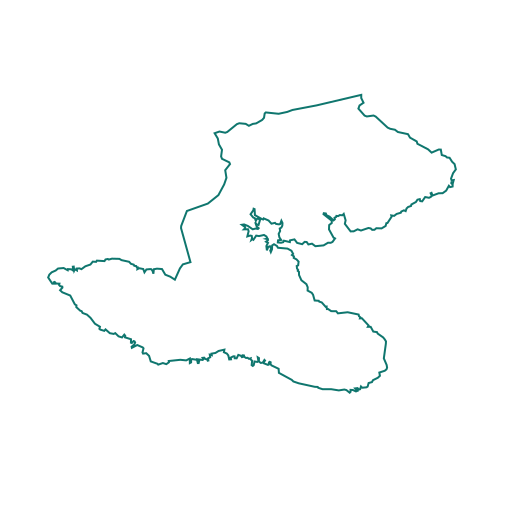 Gagil, Yap, Federated States of Micronesia (Robinson projection), rotated 83°
{"feature_id": "79324940B76926879567495", "entity_name": "Gagil", "entity_type": "district", "adm_level": 2, "iso_a3": "FSM", "parent_name": "Federated States of Micronesia", "parent_adm1": "Yap", "projection": "robinson", "projection_center": [138.175, 9.551], "detail": "fine", "context": "isolated", "style": "outline", "palette": "teal", "viewbox_px": 512, "rotation_deg": 83, "n_neighbors": 0, "source": "geoboundaries", "source_scale": "gbopen_adm2", "svg_char_len": 6121}
<svg xmlns="http://www.w3.org/2000/svg" viewBox="0 0 512 512"><g transform="rotate(83 256 256)"><path d="M256.7,359.0L261.1,360.0L258.2,360.5L256.4,361.5L256.1,362.6L256.0,366.4L258.6,368.7L255.2,369.5L253.9,373.4L254.6,375.3L252.9,374.8L252.7,375.7L251.4,376.1L250.9,378.0L249.7,378.4L248.5,381.1L246.3,382.6L243.7,390.0L242.2,391.9L241.1,399.3L241.6,402.5L240.9,403.4L241.1,405.8L242.6,407.0L241.2,414.5L242.3,415.4L241.7,418.7L244.3,421.4L245.4,426.6L247.8,430.9L246.8,432.6L246.6,435.4L248.5,435.5L247.1,437.4L248.3,438.2L244.3,438.2L244.3,439.1L248.3,439.1L246.7,440.9L246.1,444.3L247.2,444.6L244.5,448.4L244.3,454.0L246.0,456.6L247.3,460.8L249.3,463.4L252.0,464.9L258.6,461.6L258.9,459.5L257.4,459.8L257.2,459.0L259.0,457.7L259.5,454.5L260.7,455.0L262.0,454.1L262.8,452.0L263.8,452.0L266.1,454.6L268.4,452.7L272.6,445.2L281.9,441.7L283.1,440.2L284.8,440.6L288.9,437.1L289.5,435.8L291.4,435.1L293.6,430.9L297.2,427.8L303.6,424.1L307.2,419.5L309.2,420.3L310.1,419.5L311.8,415.7L310.5,414.3L314.8,410.5L316.0,406.7L315.4,405.1L319.0,402.2L320.5,398.9L318.0,396.3L319.3,395.5L320.8,395.9L323.4,390.2L326.8,390.7L327.2,389.9L325.5,387.9L325.9,387.0L327.1,386.5L329.0,387.6L330.9,390.5L332.0,390.4L329.9,384.7L332.9,379.6L333.9,378.9L337.9,380.4L339.1,380.0L339.1,376.8L342.1,374.3L347.8,373.3L351.0,366.9L351.9,366.3L350.9,361.5L352.4,358.2L350.9,355.4L349.6,355.4L349.8,343.8L351.1,338.0L349.7,334.2L354.2,334.7L353.7,333.4L350.7,332.9L350.5,332.0L351.9,327.2L355.2,326.8L355.3,326.0L353.3,325.2L351.5,326.2L352.7,321.6L352.0,320.8L350.6,321.4L350.6,319.8L352.1,318.8L352.6,317.1L354.0,316.7L353.9,316.0L351.8,316.1L350.9,313.8L348.3,313.9L349.1,312.0L347.5,312.1L347.3,308.1L345.7,304.7L345.1,298.8L347.6,299.6L349.3,296.8L351.3,295.6L355.4,295.2L355.5,293.4L353.8,293.5L352.8,290.7L353.0,289.5L354.9,289.6L355.2,287.7L352.0,285.6L353.2,283.1L354.7,282.3L354.5,281.0L353.0,281.1L353.2,280.1L354.7,279.9L356.0,278.3L356.0,276.8L357.2,275.5L356.9,273.8L357.7,274.1L359.5,272.6L363.8,273.6L364.7,272.6L364.1,271.6L360.5,270.3L361.3,267.6L360.7,266.4L356.8,266.6L357.7,265.5L361.0,266.0L362.7,264.3L362.7,262.3L360.2,260.3L360.9,259.8L362.3,261.3L363.5,261.2L365.5,257.5L365.4,256.7L363.2,256.1L362.7,255.3L363.3,254.4L365.1,254.8L366.5,253.9L370.7,247.3L374.8,247.5L383.3,235.6L385.1,234.2L387.6,229.0L393.0,213.6L393.5,210.7L394.4,210.3L396.3,206.2L397.4,197.5L399.5,190.2L399.3,184.6L400.1,182.6L403.1,179.7L402.3,178.7L400.4,178.5L400.8,176.2L402.6,173.3L402.2,171.8L399.5,173.7L399.5,171.3L401.1,170.1L400.9,168.9L398.3,167.7L399.7,166.6L399.8,162.3L399.2,161.1L395.8,159.7L395.3,156.3L393.5,155.0L391.7,149.9L390.0,147.6L386.7,147.8L385.6,142.2L384.4,140.3L382.8,139.5L380.1,139.6L373.2,141.6L358.9,137.8L356.6,137.4L354.4,138.4L352.3,139.7L347.8,144.7L346.3,145.2L345.3,148.8L340.3,150.8L339.9,153.6L338.7,152.7L330.7,158.5L330.6,160.4L329.6,159.9L328.3,161.1L326.6,161.3L323.0,171.9L322.9,181.7L320.6,183.1L319.9,188.1L317.5,190.8L317.3,192.1L314.8,192.1L315.0,193.0L310.1,196.4L309.0,198.8L308.1,199.2L307.3,203.2L301.4,204.1L299.3,205.2L296.6,209.0L293.3,208.5L290.1,209.4L285.6,213.9L280.1,215.6L277.0,215.3L275.8,216.4L275.0,215.9L273.4,216.8L270.9,216.8L270.4,215.3L266.8,214.4L264.3,216.2L262.5,218.8L261.0,218.4L259.4,220.2L258.4,218.9L255.1,220.2L252.5,223.8L250.5,233.2L248.6,234.0L246.5,236.7L247.5,238.7L251.3,239.3L253.9,240.8L252.3,241.2L250.9,240.0L248.0,241.0L248.4,242.7L251.7,244.5L247.4,244.5L244.4,242.5L243.0,244.3L241.9,242.3L240.9,242.1L240.2,243.8L240.0,242.5L237.9,243.3L236.1,245.5L236.6,250.6L235.8,253.3L239.6,256.6L238.8,257.4L239.5,258.6L237.6,257.7L235.5,257.8L235.0,259.3L235.5,262.2L230.5,260.3L228.5,260.7L228.1,264.7L227.0,263.3L226.0,263.3L223.3,266.2L223.2,264.0L225.2,260.4L229.1,256.0L228.7,253.0L229.4,250.8L228.7,250.0L226.9,251.7L222.3,252.7L224.5,251.8L225.5,249.7L220.7,247.6L219.1,249.3L219.3,250.6L221.1,251.9L218.4,252.5L217.4,254.1L213.9,256.3L210.3,253.1L208.8,252.6L209.3,251.7L215.3,252.1L220.3,245.3L220.6,244.4L219.6,243.8L222.3,239.2L225.8,236.7L225.4,233.1L226.6,232.2L227.4,229.3L227.2,228.1L224.1,226.5L226.5,225.7L229.1,226.2L230.9,227.4L231.6,229.1L234.1,229.0L236.8,230.8L240.4,230.5L243.1,229.1L243.1,232.2L245.2,232.7L245.9,229.5L245.6,227.3L244.2,226.4L246.3,220.7L244.6,220.3L244.2,215.8L248.0,213.6L249.9,208.7L247.9,206.0L248.3,204.0L250.9,202.6L250.6,198.9L253.5,195.9L253.7,187.6L251.6,182.9L252.0,180.3L251.4,178.4L248.2,175.4L247.2,176.8L238.5,180.3L234.2,179.6L232.5,176.8L230.2,176.5L222.7,183.9L221.8,183.5L222.3,181.5L224.1,181.1L225.9,178.2L230.1,174.7L229.2,173.3L227.6,173.4L227.0,171.7L226.0,171.3L226.4,169.6L225.6,167.8L226.1,165.3L224.9,163.8L231.5,162.7L234.9,163.9L243.1,159.1L243.4,156.0L241.9,151.9L243.5,148.7L241.9,141.0L242.6,138.8L244.2,137.5L244.4,135.2L243.1,133.2L243.9,128.0L242.0,123.7L239.3,122.6L239.3,121.5L233.5,116.6L232.2,116.8L233.0,114.0L231.4,111.3L230.7,107.0L229.6,106.4L228.7,103.6L229.7,102.0L227.2,100.8L225.9,99.1L225.2,96.0L223.8,95.5L221.9,90.7L219.8,88.9L219.5,86.5L221.5,86.3L222.0,84.4L218.1,80.9L219.3,77.2L218.7,75.4L217.8,74.2L215.0,75.0L214.7,74.1L217.5,73.4L216.0,67.1L216.4,63.1L214.3,59.3L209.8,56.0L211.3,55.0L211.0,52.4L209.1,52.1L207.5,53.3L206.9,53.1L207.4,51.6L204.7,50.5L204.8,52.6L203.0,53.0L197.8,50.3L194.4,47.1L189.0,47.7L186.3,49.9L182.1,51.9L181.5,54.4L180.0,55.7L178.4,59.3L172.9,59.6L172.6,61.7L174.8,69.1L171.1,72.2L164.3,82.1L161.9,82.5L157.3,88.7L153.6,90.3L150.2,100.1L147.6,102.7L146.1,107.3L144.6,109.7L132.2,120.2L130.9,122.2L131.0,129.0L129.9,131.1L122.2,136.4L119.2,134.9L117.0,130.6L112.1,132.3L108.9,131.9L113.9,177.5L115.5,202.0L116.8,207.4L117.6,216.2L114.7,228.8L115.6,230.0L119.8,231.2L121.7,233.3L124.4,239.7L124.5,243.1L125.9,247.2L123.6,250.1L122.2,256.4L122.8,258.9L129.4,269.4L129.9,271.5L128.0,277.1L129.1,282.1L134.7,279.6L140.7,279.2L146.4,276.8L152.9,278.5L155.4,277.9L159.8,271.1L161.6,270.6L167.1,276.1L174.8,275.8L181.1,278.9L191.0,285.9L198.1,297.4L202.9,319.1L217.1,326.6L219.2,327.0L254.1,321.8L255.4,329.6L259.0,333.0L269.6,339.4L266.1,343.6L263.5,348.3L257.5,350.9L256.5,355.8L256.7,359.0Z" fill="none" stroke="#0f766e" stroke-width="2"/></g></svg>